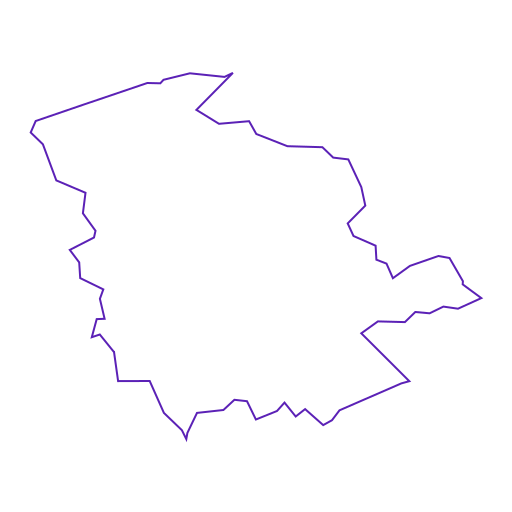 Logan, West Virginia, United States of America
{"feature_id": "52423323B11034045930208", "entity_name": "Logan", "entity_type": "district", "adm_level": 2, "iso_a3": "USA", "parent_name": "United States of America", "parent_adm1": "West Virginia", "projection": "natural_earth1", "projection_center": [-81.913, 37.833], "detail": "fine", "context": "isolated", "style": "outline", "palette": "violet", "viewbox_px": 512, "rotation_deg": 0, "n_neighbors": 0, "source": "geoboundaries", "source_scale": "gbopen_adm2", "svg_char_len": 1028}
<svg xmlns="http://www.w3.org/2000/svg" viewBox="0 0 512 512"><path d="M35.7,121.0L30.7,132.5L42.9,144.3L56.3,180.4L85.5,192.8L82.9,213.3L95.5,230.8L94.0,237.5L69.8,249.9L79.2,262.4L80.2,278.1L103.3,289.4L99.9,298.8L104.6,318.8L96.7,319.1L91.8,337.2L99.8,334.5L113.7,351.7L114.0,351.8L118.1,381.1L149.7,381.0L163.9,412.9L181.9,430.2L186.3,439.1L187.4,432.9L197.0,412.9L223.4,410.0L234.4,399.8L247.0,401.2L255.9,419.5L277.0,411.0L284.5,402.6L295.7,416.5L305.1,409.1L323.2,425.1L332.0,420.2L339.5,410.3L401.3,383.4L409.3,381.2L395.9,367.8L361.3,333.3L377.9,321.4L404.9,322.1L415.3,312.0L429.6,313.3L443.4,306.6L458.0,308.7L481.3,298.1L462.7,284.4L462.9,281.2L449.5,258.0L438.4,256.0L409.9,265.9L392.9,278.2L386.5,263.6L376.4,259.7L375.6,245.7L353.5,236.0L347.7,223.4L365.3,205.6L361.3,187.1L348.3,159.4L333.2,157.6L322.4,147.2L287.4,146.2L256.3,134.0L249.1,121.2L219.0,123.8L196.4,109.9L232.9,72.9L224.5,76.9L189.9,73.3L163.5,79.8L160.3,83.3L147.3,83.0L83.9,104.5L35.7,121.0Z" fill="none" stroke="#5b21b6" stroke-width="2"/></svg>